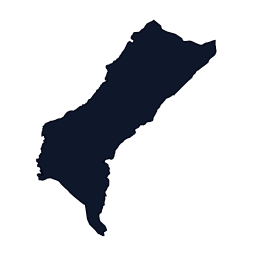 Golakonneh, Grand Cape Mount, Liberia (Natural Earth projection), rotated 355°
{"feature_id": "62588387B70898832426748", "entity_name": "Golakonneh", "entity_type": "district", "adm_level": 2, "iso_a3": "LBR", "parent_name": "Liberia", "parent_adm1": "Grand Cape Mount", "projection": "natural_earth1", "projection_center": [-10.924, 7.106], "detail": "fine", "context": "isolated", "style": "filled", "palette": "ink", "viewbox_px": 256, "rotation_deg": 355, "n_neighbors": 0, "source": "geoboundaries", "source_scale": "gbopen_adm2", "svg_char_len": 5566}
<svg xmlns="http://www.w3.org/2000/svg" viewBox="0 0 256 256"><g transform="rotate(355 128 128)"><path d="M94.4,232.8L94.4,232.7L94.5,232.0L94.1,229.9L94.6,229.1L95.6,228.8L96.8,228.3L97.5,227.8L97.1,226.1L96.8,225.2L96.6,224.5L96.4,224.1L95.9,223.3L95.2,222.6L94.8,222.3L93.5,220.6L92.4,219.6L91.7,218.7L91.3,217.2L91.1,214.9L91.0,213.6L91.1,212.3L91.1,211.8L92.3,210.3L93.5,209.8L94.0,208.6L94.6,206.6L95.4,205.2L95.5,205.0L95.6,203.7L96.3,203.0L97.5,202.3L97.3,200.6L97.5,199.8L97.7,199.0L97.8,198.6L98.3,197.3L98.6,196.1L98.4,195.0L98.3,194.2L99.1,193.7L99.8,193.5L100.0,193.5L99.7,192.3L99.0,190.6L99.7,188.5L100.7,187.7L101.5,186.1L101.8,185.6L102.2,184.8L103.3,183.9L103.7,182.5L104.1,178.4L103.5,177.2L102.6,176.5L102.4,175.8L102.3,175.6L102.4,174.7L103.2,173.9L103.4,173.4L103.5,173.2L104.7,172.3L105.5,171.7L105.6,171.1L105.3,170.5L105.1,169.6L105.1,168.6L105.5,167.1L105.7,166.5L105.2,165.9L104.7,165.3L104.7,163.9L104.5,162.9L103.8,162.2L102.1,161.0L101.9,160.8L100.4,160.0L100.5,159.6L101.3,159.2L101.8,158.3L102.3,157.2L103.7,157.0L104.2,157.0L105.5,156.8L106.5,156.2L107.8,157.2L108.7,157.4L109.5,157.2L110.7,156.2L111.7,153.8L111.7,152.8L112.5,151.5L112.7,150.0L113.3,148.6L114.1,147.8L115.8,146.2L116.9,144.3L117.1,144.1L118.0,143.4L119.2,142.2L119.8,141.9L120.4,141.7L121.4,141.0L121.5,140.9L121.8,140.7L123.1,139.3L125.0,138.3L125.3,138.2L125.8,138.0L127.2,137.5L128.8,137.2L130.1,136.4L130.7,136.0L132.8,134.7L134.1,134.0L134.6,133.1L134.8,132.7L134.3,131.6L134.0,130.8L135.0,129.3L137.8,128.2L138.5,127.9L139.2,126.9L139.3,126.8L139.9,126.0L141.2,125.7L142.6,125.7L143.7,126.0L145.6,125.1L145.6,124.9L146.5,123.8L146.8,123.7L148.4,123.1L149.7,123.3L151.3,123.0L152.3,122.7L152.8,122.6L153.0,122.3L153.4,121.5L153.5,120.0L155.1,117.7L156.8,115.2L157.3,114.4L157.8,113.7L157.8,113.0L158.3,112.1L158.7,111.3L160.3,110.5L161.3,109.2L162.0,107.7L163.2,106.4L163.4,106.5L164.2,105.7L164.8,105.2L166.5,103.5L168.3,101.5L169.2,101.2L170.4,101.0L171.4,100.6L172.9,100.0L173.1,99.9L174.0,99.2L175.5,98.5L176.7,98.7L177.5,97.7L179.1,96.5L183.5,92.8L184.3,92.1L187.9,89.1L191.8,85.9L192.3,85.5L193.8,84.5L195.8,83.0L197.0,80.7L199.2,79.2L199.9,78.2L200.9,76.8L201.2,76.7L203.3,75.7L206.6,73.5L209.7,71.7L212.0,70.2L213.2,69.3L213.3,69.2L213.9,67.5L215.4,66.0L215.9,65.5L218.0,64.2L219.8,63.1L220.4,62.4L220.8,62.1L220.9,61.9L221.8,60.3L222.2,58.4L221.9,56.8L222.0,54.4L221.7,52.8L221.9,51.1L222.2,48.6L220.7,48.8L219.2,49.2L217.4,49.8L214.8,50.3L213.8,50.4L212.6,50.5L211.7,51.2L211.8,50.9L211.5,51.0L209.3,52.2L207.2,52.1L206.8,51.9L204.4,50.8L201.5,49.2L198.8,47.6L197.9,47.3L196.9,47.0L194.2,47.1L192.7,47.1L191.6,47.0L190.0,46.3L189.2,44.4L189.2,43.8L183.2,39.0L174.8,35.8L169.8,32.7L169.2,29.2L163.2,23.4L163.0,23.2L161.5,24.2L159.5,24.8L156.3,26.1L155.3,27.2L154.3,28.2L153.3,29.9L152.2,30.7L150.4,31.5L148.8,33.0L147.3,33.9L145.8,33.8L144.3,33.8L142.5,33.7L141.5,35.1L141.1,35.9L140.1,36.5L139.2,38.2L139.4,39.2L141.1,40.4L141.7,41.1L141.7,42.1L140.9,43.3L139.9,43.9L139.1,43.9L138.2,42.9L137.1,42.2L135.6,43.1L133.8,46.0L132.0,49.2L130.4,51.1L129.4,52.1L128.8,52.8L127.9,54.6L127.0,54.9L126.4,55.9L125.7,57.1L124.6,58.1L123.2,58.7L121.7,60.4L120.0,60.4L119.2,61.7L118.4,62.5L117.2,63.0L116.5,62.9L115.8,63.3L115.6,63.4L114.4,63.9L113.3,63.9L112.1,64.3L111.7,65.3L112.0,66.6L112.9,67.5L113.1,68.8L113.6,70.0L112.6,71.1L111.8,72.8L111.8,73.0L111.0,74.9L110.0,76.2L109.8,77.4L110.1,77.9L111.0,78.4L111.5,78.7L111.2,79.6L110.4,80.0L108.5,80.7L107.0,81.2L106.6,81.7L106.0,82.8L105.2,83.0L104.7,83.6L104.5,84.6L103.2,85.6L102.2,87.3L101.4,87.5L100.7,87.7L100.1,88.4L99.9,89.5L99.4,89.9L98.3,90.7L97.6,91.6L96.7,92.4L95.5,93.9L94.0,95.6L92.8,96.5L91.7,96.5L90.8,97.7L89.9,99.4L88.6,100.0L87.2,101.3L85.6,101.2L84.8,101.3L84.3,102.5L83.7,103.1L82.6,102.5L82.3,102.6L80.2,104.0L78.1,105.4L76.3,106.2L75.6,106.7L74.5,106.6L73.2,106.3L71.3,106.4L69.5,107.1L68.0,108.1L67.5,108.8L66.0,110.4L65.1,111.7L64.1,112.0L63.0,112.7L61.9,113.1L60.6,113.1L58.5,113.4L57.0,114.1L54.2,114.7L52.8,114.9L51.6,114.8L50.1,115.5L47.2,116.4L45.9,117.0L45.4,118.3L43.8,119.1L44.0,120.2L43.3,121.2L43.3,122.8L42.5,124.2L41.9,126.7L41.8,128.2L42.2,128.1L42.9,127.9L43.4,127.6L44.1,127.6L44.3,128.2L44.3,129.4L44.3,130.1L44.9,130.8L45.1,131.0L45.3,131.4L44.5,132.1L43.9,133.3L43.2,133.4L43.6,134.7L43.7,135.1L43.1,135.7L42.2,136.2L41.7,137.1L41.3,137.8L41.1,138.8L40.9,139.5L40.4,140.0L39.7,141.4L40.3,142.1L40.5,142.6L40.4,142.9L40.1,143.3L40.2,144.0L40.1,145.4L39.7,146.0L38.7,146.3L38.6,147.1L37.8,147.6L37.3,148.1L37.7,149.1L37.3,150.1L36.6,151.1L35.9,151.5L34.7,151.3L34.3,151.8L34.5,153.4L34.9,153.9L35.1,153.9L35.6,153.9L36.0,154.3L36.2,154.9L35.8,156.0L35.0,157.0L34.9,158.1L35.1,158.4L35.7,158.5L36.3,158.5L36.9,159.1L37.4,159.7L37.8,161.0L38.1,162.2L37.0,162.6L37.1,163.3L37.8,163.8L38.3,163.9L37.8,164.6L37.9,165.2L38.5,165.8L39.2,166.5L39.1,167.2L38.9,167.4L38.1,167.2L37.4,166.8L35.5,166.1L34.3,166.2L33.8,166.9L34.2,167.7L34.8,168.5L35.4,169.3L35.2,170.0L35.0,170.8L35.0,171.2L35.3,171.6L36.9,171.8L38.4,172.3L39.4,172.1L40.9,171.7L42.8,170.8L43.7,170.6L44.5,170.6L45.5,170.6L46.9,170.6L47.4,170.9L48.5,171.5L50.5,172.4L51.6,172.9L52.0,173.0L53.5,173.9L54.6,174.5L55.6,175.7L57.0,177.9L59.0,180.2L60.8,182.3L61.1,182.5L62.1,183.4L63.5,185.2L64.6,186.8L64.7,187.0L69.2,191.8L71.5,194.0L72.7,195.1L74.3,196.8L75.7,198.0L77.5,199.7L78.9,200.1L79.3,203.9L79.9,215.1L81.7,220.5L86.8,226.5L89.4,230.3L89.7,230.4L90.5,230.5L91.2,231.3L91.7,231.6L92.2,231.7L92.7,232.0L93.0,232.4L93.4,232.8L94.2,232.8L94.4,232.8Z" fill="#0f172a" stroke="#020617" stroke-width="1.5"/></g></svg>